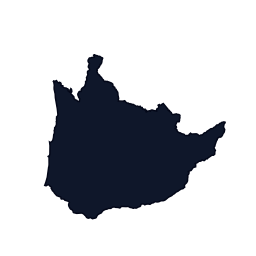 Grey District, West Coast, New Zealand (Natural Earth projection), rotated 345°
{"feature_id": "76426892B91014587529392", "entity_name": "Grey District", "entity_type": "district", "adm_level": 2, "iso_a3": "NZL", "parent_name": "New Zealand", "parent_adm1": "West Coast", "projection": "natural_earth1", "projection_center": [171.596, -42.409], "detail": "fine", "context": "isolated", "style": "filled", "palette": "ink", "viewbox_px": 256, "rotation_deg": 345, "n_neighbors": 0, "source": "geoboundaries", "source_scale": "gbopen_adm2", "svg_char_len": 5818}
<svg xmlns="http://www.w3.org/2000/svg" viewBox="0 0 256 256"><g transform="rotate(345 128 128)"><path d="M68.4,63.3L67.9,63.8L68.2,64.3L67.9,67.5L67.1,69.8L66.7,71.5L66.5,76.2L65.7,80.0L64.7,91.1L63.8,96.8L63.3,97.9L61.8,98.9L61.8,99.5L61.3,100.5L61.0,102.2L60.6,103.1L60.3,103.4L60.4,104.0L59.7,106.3L58.4,108.0L57.2,108.8L56.8,110.4L56.1,111.2L56.0,112.2L55.6,113.9L54.5,115.3L53.6,117.8L52.5,119.9L51.6,121.0L50.6,121.6L49.0,121.8L48.6,121.3L48.1,124.8L45.8,133.0L44.8,134.6L43.8,134.6L43.5,134.9L44.2,135.6L42.4,142.6L41.3,145.7L41.1,145.6L37.3,154.7L34.6,159.2L32.7,161.9L33.9,162.6L36.2,162.0L36.7,162.2L37.5,163.8L38.7,165.2L38.7,165.6L38.2,166.4L38.6,167.6L38.8,169.0L39.7,170.2L40.1,171.7L41.7,174.9L44.1,176.6L45.0,177.0L45.3,177.9L45.0,178.8L45.2,179.3L47.1,179.7L48.0,180.6L48.3,181.4L51.1,183.1L51.9,184.1L52.1,185.0L51.0,186.1L50.7,187.3L50.7,188.4L51.3,190.9L51.8,191.7L52.5,192.1L53.3,193.6L53.4,194.2L53.3,195.1L53.6,195.7L56.4,197.2L61.1,198.1L62.0,198.6L63.1,199.8L63.7,201.0L64.3,201.8L64.9,203.7L65.9,204.6L66.7,204.9L68.5,204.7L70.2,206.4L73.5,206.5L74.0,206.3L75.4,204.7L76.3,204.0L77.4,203.6L80.4,203.0L81.3,202.1L82.4,201.4L84.6,200.8L87.0,200.9L88.3,200.6L90.6,201.2L92.6,200.4L94.6,200.8L95.2,201.3L97.9,202.2L99.4,203.1L100.0,202.9L101.3,202.0L105.8,203.4L107.5,203.7L108.8,204.5L109.4,205.3L110.6,205.7L112.3,206.9L114.1,206.9L114.4,207.2L115.5,207.5L117.4,207.0L119.3,206.9L120.2,206.3L120.2,205.7L120.6,205.2L121.6,205.0L123.4,205.4L124.3,206.5L126.3,206.3L128.0,206.7L129.5,207.4L131.5,206.7L133.3,206.8L134.9,206.1L137.1,207.0L138.7,207.2L140.9,206.8L143.6,207.4L145.4,207.1L149.2,205.3L152.8,204.6L154.4,203.7L155.6,203.5L157.9,202.3L159.9,202.0L161.8,201.2L164.5,200.5L164.8,200.8L165.7,200.7L166.6,200.0L167.3,200.0L167.8,197.5L170.5,196.0L171.8,194.5L172.8,191.3L173.2,190.8L173.2,189.4L174.5,188.4L175.4,187.1L175.4,186.5L175.0,185.9L176.4,185.4L178.0,185.3L180.8,183.0L183.3,183.0L183.6,181.7L183.9,181.2L183.7,179.8L186.4,179.3L187.7,178.5L189.6,178.8L190.4,178.6L191.0,178.1L191.7,178.2L192.2,178.8L193.4,179.2L195.6,177.9L196.7,178.3L197.3,177.7L201.8,176.1L202.4,176.0L202.9,176.3L203.6,176.4L205.0,175.7L205.7,173.3L206.6,172.3L205.9,169.7L206.0,169.2L206.8,168.1L207.4,167.8L207.6,166.6L208.1,166.3L210.0,163.4L211.2,162.3L211.3,161.8L212.1,160.9L213.4,160.7L214.0,160.2L215.1,160.8L216.2,160.4L217.7,159.0L218.2,158.1L219.4,157.3L220.1,156.5L220.3,155.8L220.9,154.8L221.0,154.3L220.6,153.0L220.6,151.5L221.7,149.3L222.3,148.6L222.8,148.4L223.3,147.6L222.2,146.9L220.9,147.0L220.3,146.8L218.6,147.4L217.7,147.4L217.5,147.7L216.9,147.9L216.7,148.2L215.8,148.4L215.0,148.1L214.5,148.1L212.3,149.5L211.3,149.6L210.0,150.4L207.7,150.2L204.4,151.4L203.6,151.5L202.4,152.6L201.2,152.4L199.7,152.8L198.6,153.7L198.0,153.9L196.5,153.6L195.7,153.9L194.5,153.7L193.6,152.1L192.4,151.3L188.7,150.5L187.6,150.1L187.1,149.2L185.3,150.1L185.2,151.0L183.6,150.7L183.0,150.4L182.1,150.5L180.9,149.7L180.7,148.8L179.4,147.9L178.5,147.6L177.4,146.3L176.4,146.0L175.9,145.3L175.3,144.9L174.7,143.7L174.8,142.4L174.2,141.3L173.6,140.7L175.0,139.8L175.0,138.9L174.2,138.3L175.3,136.6L176.8,134.9L177.4,134.5L178.7,135.2L179.1,135.1L179.9,133.6L180.1,132.5L180.8,131.7L180.9,130.6L181.4,129.5L181.4,129.1L180.7,128.2L178.9,127.4L178.4,126.9L174.7,126.7L173.8,125.5L173.8,124.4L173.0,123.2L172.3,122.7L172.6,122.1L172.4,121.6L171.4,121.3L171.5,120.3L168.4,113.5L166.8,113.9L165.9,114.6L165.0,114.1L164.6,114.1L164.4,113.5L163.1,113.7L162.9,114.1L163.4,115.0L162.9,116.2L161.9,117.0L161.3,116.8L160.7,117.2L160.3,117.9L160.1,119.0L157.3,117.8L156.5,117.1L155.1,116.7L154.6,116.9L154.0,117.5L153.2,116.9L151.7,116.9L149.9,117.2L149.6,117.0L149.7,116.6L150.5,116.3L150.5,115.8L149.3,115.1L149.4,114.4L148.5,114.4L148.1,113.7L147.2,113.8L146.9,113.6L147.0,111.9L146.5,111.6L146.0,111.8L145.6,111.5L145.3,110.1L144.2,110.4L142.9,109.3L141.3,109.1L140.6,108.0L138.9,106.4L137.8,106.5L137.8,106.1L137.5,105.7L136.7,105.5L136.3,105.0L135.2,104.8L134.6,103.9L133.5,103.6L132.6,102.5L132.2,101.3L131.6,100.7L131.1,100.7L130.7,101.2L129.8,100.7L125.7,99.5L126.1,98.7L125.9,97.9L126.6,97.0L126.8,94.2L126.5,93.5L126.9,93.2L126.8,92.9L127.2,92.0L127.3,90.7L127.2,90.4L126.8,90.1L126.8,89.1L126.2,88.6L126.5,87.7L125.4,86.5L125.7,85.4L125.1,85.0L125.0,84.3L124.0,83.8L124.5,82.8L124.6,81.6L123.7,80.3L121.0,78.3L120.5,78.3L119.9,77.5L119.1,77.5L118.3,77.0L117.3,77.1L116.8,76.2L116.7,75.2L116.2,74.6L115.6,73.2L115.6,72.6L114.3,70.4L114.1,69.4L113.4,69.0L112.9,67.8L112.6,65.7L112.8,65.0L113.2,64.5L113.1,64.2L113.4,63.2L115.5,62.0L115.7,61.4L116.2,61.4L117.3,59.9L118.0,59.7L117.9,59.2L119.3,58.4L120.2,56.5L120.2,56.1L121.6,54.0L121.5,53.7L120.1,52.6L119.3,51.5L118.0,51.1L116.7,50.0L115.7,49.7L114.7,48.6L114.3,48.5L113.6,48.8L113.7,49.5L114.0,49.8L113.8,50.9L110.9,50.5L110.2,50.7L109.2,50.4L108.3,50.7L107.9,51.5L107.0,52.1L106.7,53.6L107.4,55.9L106.2,57.3L105.5,58.6L105.5,59.2L106.0,60.3L105.9,61.9L105.1,62.5L103.8,62.7L103.6,62.9L103.1,64.4L103.1,66.1L100.9,68.7L100.9,69.9L100.6,70.5L100.6,71.4L99.1,72.1L98.7,73.8L96.9,76.6L93.8,77.8L92.9,78.6L92.4,80.2L91.9,80.5L90.7,80.1L90.1,80.3L88.3,82.2L88.1,84.0L88.5,84.6L88.3,85.2L88.5,86.3L89.0,87.2L87.9,89.8L86.2,89.2L85.7,88.0L84.2,87.1L84.0,86.3L83.3,85.6L83.8,84.2L83.7,83.8L83.2,82.8L82.9,82.9L83.0,82.6L82.7,82.3L82.5,81.4L82.0,81.2L81.7,79.6L83.1,78.4L83.4,76.5L83.3,75.6L83.0,75.3L82.9,75.8L82.5,76.0L82.5,76.4L82.1,76.6L81.8,76.4L81.7,76.8L81.2,77.0L81.8,78.0L80.8,78.2L80.4,77.5L80.8,77.1L80.2,77.1L79.8,76.7L80.0,76.4L79.9,75.8L80.2,75.4L80.0,75.1L80.0,74.6L78.7,73.8L78.6,73.4L76.7,72.7L76.0,71.6L75.4,71.1L75.9,70.3L74.6,69.7L74.3,69.3L74.7,68.4L74.8,67.6L74.4,67.2L74.5,66.7L73.8,66.6L73.5,66.1L72.8,66.5L72.4,66.4L71.6,65.1L71.2,63.7L70.0,63.9L69.6,64.3L69.1,63.7L68.4,63.3Z" fill="#0f172a" stroke="#020617" stroke-width="1.5"/></g></svg>